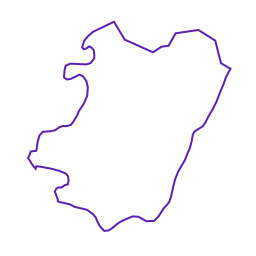 Upplands-Bro, Stockholm, Sweden, rotated 95°
{"feature_id": "70781695B36454711221889", "entity_name": "Upplands-Bro", "entity_type": "district", "adm_level": 2, "iso_a3": "SWE", "parent_name": "Sweden", "parent_adm1": "Stockholm", "projection": "robinson", "projection_center": [17.683, 59.545], "detail": "fine", "context": "isolated", "style": "outline", "palette": "violet", "viewbox_px": 256, "rotation_deg": 95, "n_neighbors": 0, "source": "geoboundaries", "source_scale": "gbopen_adm2", "svg_char_len": 1556}
<svg xmlns="http://www.w3.org/2000/svg" viewBox="0 0 256 256"><g transform="rotate(95 128 128)"><path d="M23.4,151.3L35.2,171.2L40.7,176.4L45.1,179.3L51.6,180.7L53.4,178.9L52.2,176.2L50.0,173.7L51.3,171.0L53.7,168.8L58.4,167.9L61.5,167.7L66.7,171.0L68.3,175.2L68.6,183.0L68.9,191.0L71.4,195.6L76.0,196.2L83.1,196.2L85.0,192.9L84.1,189.4L81.3,184.6L79.1,181.3L80.3,177.4L85.0,173.5L90.9,171.6L99.2,171.4L107.6,174.1L115.6,178.5L119.7,179.7L126.1,182.8L129.9,185.1L131.4,189.2L131.7,193.1L133.3,196.4L136.7,200.7L137.9,204.7L138.8,210.0L139.1,212.3L142.9,215.4L150.0,216.9L156.5,217.1L158.7,217.5L159.9,222.8L163.9,223.9L166.7,224.9L169.5,222.6L171.7,221.0L174.1,219.1L176.6,216.4L174.1,216.0L174.1,212.1L175.4,199.7L176.6,193.3L177.5,190.0L178.8,185.9L181.2,183.6L185.3,182.6L189.3,183.0L190.5,186.1L193.0,189.0L193.3,192.3L194.9,194.3L197.7,195.4L201.4,193.5L204.8,191.9L207.2,191.5L207.9,188.0L209.1,179.1L211.2,174.4L213.0,161.8L213.4,161.1L217.2,155.0L219.9,152.4L224.1,150.2L228.4,147.3L232.6,142.7L231.8,138.5L229.0,134.9L225.3,131.2L222.7,128.3L219.3,122.8L215.7,115.7L215.5,109.9L217.7,105.1L219.3,101.2L218.7,97.9L218.7,97.6L218.3,93.9L213.3,89.8L204.8,85.4L201.3,82.6L198.1,80.5L193.0,79.2L182.9,77.9L174.9,76.6L166.8,74.1L155.0,68.5L147.4,66.3L143.1,64.7L135.0,63.3L129.2,62.9L125.5,61.3L123.1,58.1L119.9,53.9L115.8,51.4L109.3,48.8L101.7,45.2L94.0,42.1L84.7,39.5L75.3,36.4L69.1,35.0L60.1,31.1L55.3,41.0L33.3,48.7L24.2,66.5L29.5,88.8L42.6,94.8L44.1,101.7L50.4,109.7L40.3,138.9L23.4,151.3Z" fill="none" stroke="#5b21b6" stroke-width="2"/></g></svg>